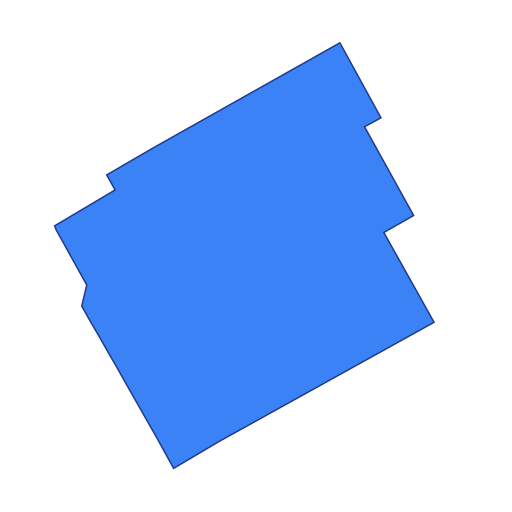 Hancock, Indiana, United States of America (Natural Earth projection), rotated 331°
{"feature_id": "52423323B28427139974873", "entity_name": "Hancock", "entity_type": "district", "adm_level": 2, "iso_a3": "USA", "parent_name": "United States of America", "parent_adm1": "Indiana", "projection": "natural_earth1", "projection_center": [-85.846, 39.821], "detail": "fine", "context": "isolated", "style": "filled", "palette": "blue", "viewbox_px": 512, "rotation_deg": 331, "n_neighbors": 0, "source": "geoboundaries", "source_scale": "gbopen_adm2", "svg_char_len": 445}
<svg xmlns="http://www.w3.org/2000/svg" viewBox="0 0 512 512"><g transform="rotate(331 256 256)"><path d="M94.4,132.0L93.9,136.6L93.9,178.9L93.9,199.3L79.3,215.3L79.4,232.5L79.8,249.7L80.0,273.2L80.3,284.2L80.4,301.5L80.5,314.0L81.1,367.5L81.0,401.8L134.3,400.3L379.6,400.3L379.2,297.4L413.5,297.0L413.6,195.6L432.3,195.7L432.7,110.2L217.8,111.6L164.7,112.7L164.8,129.9L94.4,132.0Z" fill="#3b82f6" stroke="#1e3a8a" stroke-width="1.5"/></g></svg>